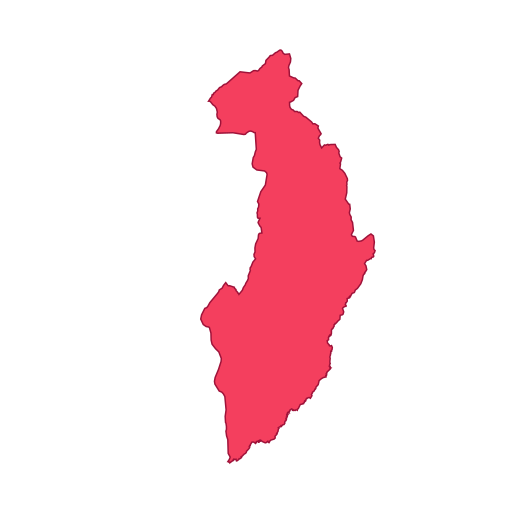 outline of Sekyere East, Ashanti, Ghana, rotated 33°
{"feature_id": "2480657B61321065662810", "entity_name": "Sekyere East", "entity_type": "district", "adm_level": 2, "iso_a3": "GHA", "parent_name": "Ghana", "parent_adm1": "Ashanti", "projection": "equal_earth", "projection_center": [-1.328, 6.78], "detail": "fine", "context": "isolated", "style": "filled", "palette": "rose", "viewbox_px": 512, "rotation_deg": 33, "n_neighbors": 0, "source": "geoboundaries", "source_scale": "gbopen_adm2", "svg_char_len": 6138}
<svg xmlns="http://www.w3.org/2000/svg" viewBox="0 0 512 512"><g transform="rotate(33 256 256)"><path d="M142.3,110.2L137.4,127.8L135.9,129.4L135.1,131.5L135.1,132.5L133.7,134.6L133.4,137.8L132.6,139.4L132.5,141.1L131.8,142.5L132.3,143.9L131.4,144.5L132.2,147.0L131.8,148.5L131.9,152.0L132.8,151.4L134.1,151.5L137.4,152.6L139.9,152.7L142.5,153.8L145.2,156.4L146.0,158.4L147.6,160.4L149.2,161.3L151.7,161.3L152.8,162.0L154.1,164.0L154.9,166.0L155.3,169.8L155.1,173.2L155.7,174.3L156.8,174.0L169.5,165.2L179.7,160.7L180.8,159.6L181.0,158.0L182.2,155.2L183.5,154.1L185.2,153.6L187.4,153.5L188.2,153.0L198.2,166.4L198.7,169.0L200.0,172.7L200.1,175.0L202.6,180.8L205.1,183.1L209.8,183.4L216.9,180.0L219.5,180.4L220.9,181.6L225.2,191.4L225.0,199.4L227.6,209.5L230.1,210.9L231.5,213.6L231.7,215.5L232.9,217.2L233.4,219.3L234.4,220.2L236.1,222.7L237.1,223.2L238.8,222.2L239.4,226.4L239.6,226.9L242.8,228.7L244.8,229.3L248.4,233.5L246.7,235.0L246.4,235.9L246.6,237.0L248.3,240.2L249.1,246.0L250.7,249.8L253.0,253.2L253.4,255.7L254.8,257.5L257.2,258.6L256.7,262.8L257.7,267.7L257.5,268.8L258.3,270.5L259.2,271.3L260.3,276.9L261.8,279.0L262.2,281.1L262.3,284.5L262.7,286.0L262.6,289.3L263.2,292.2L262.6,297.5L261.4,296.8L260.7,296.9L260.2,296.4L258.1,295.9L257.4,295.0L255.6,294.8L254.9,294.0L250.0,295.3L249.6,295.8L248.6,296.1L245.1,294.8L244.8,298.3L245.1,301.4L243.7,304.5L244.2,306.2L244.1,308.4L242.7,320.3L243.0,324.2L242.8,326.1L241.6,327.8L242.4,335.0L244.0,339.0L249.1,342.2L252.6,342.3L255.1,341.3L255.9,341.4L260.2,345.2L264.2,351.0L267.2,353.9L272.6,355.8L277.1,356.7L282.7,360.8L284.1,363.3L286.3,371.4L287.9,380.1L289.4,383.7L291.3,385.8L298.7,389.3L301.4,388.8L303.5,389.3L306.4,390.8L314.7,401.3L317.5,407.3L321.1,412.2L321.9,412.6L324.0,415.0L325.6,417.4L326.2,419.3L329.3,422.9L332.4,425.4L340.2,436.7L343.9,438.7L344.4,441.0L344.4,443.7L345.0,443.4L345.6,443.7L346.6,443.0L346.8,443.4L347.9,440.5L347.8,440.1L348.3,439.9L347.9,438.6L348.6,438.2L348.9,438.4L349.9,437.3L351.2,438.5L351.6,438.2L352.5,435.8L352.2,435.1L353.1,434.5L353.6,432.9L352.9,432.5L353.4,431.5L354.0,428.5L354.7,427.2L354.8,426.2L354.4,424.8L355.0,421.7L355.0,420.1L354.1,419.5L354.0,418.5L354.4,418.5L354.4,418.1L354.0,416.9L354.0,414.2L355.4,413.3L357.1,413.4L357.3,412.6L357.7,413.1L357.9,412.4L357.5,411.3L357.9,411.1L359.0,409.2L359.6,410.8L360.0,410.5L359.8,409.5L360.4,409.1L360.0,408.4L360.2,407.9L362.1,408.2L365.3,407.7L366.0,407.3L366.8,404.9L367.9,405.6L368.6,405.4L368.4,403.3L368.8,402.2L370.9,399.7L371.2,398.2L370.1,396.8L370.6,394.3L370.4,393.4L370.0,393.5L370.0,391.2L369.1,389.2L369.1,388.0L368.3,387.9L368.8,386.5L370.0,385.5L370.1,385.0L369.5,384.6L370.2,384.2L370.2,383.3L371.3,382.0L371.2,380.4L370.6,379.9L370.4,378.3L370.8,377.8L370.4,376.2L370.0,376.4L369.5,375.7L369.8,374.3L369.6,373.4L369.4,373.1L368.9,373.3L369.1,372.1L368.7,372.4L368.0,372.0L368.4,370.8L367.8,370.4L367.8,370.0L368.9,369.6L368.2,369.3L368.8,368.6L368.5,368.1L368.8,367.4L368.4,366.7L369.1,364.9L370.7,364.7L370.8,365.5L372.0,364.9L372.7,363.9L373.2,363.9L373.2,363.5L374.1,362.8L374.6,362.8L374.2,362.0L374.6,360.9L374.0,356.4L375.5,354.9L375.5,354.4L376.3,354.0L376.1,353.2L376.3,352.6L375.7,351.1L376.0,350.4L376.5,350.7L376.6,350.3L375.9,348.8L376.4,347.8L376.2,347.5L377.6,345.7L379.1,345.7L379.0,342.7L377.9,341.9L377.9,340.0L377.5,339.6L378.3,337.3L377.9,335.5L378.3,335.3L378.3,334.5L377.7,333.4L378.2,330.0L376.8,326.1L377.7,323.2L378.6,321.4L380.6,319.2L379.6,318.2L380.1,317.7L379.9,317.0L379.0,316.6L379.2,315.4L378.7,315.0L379.8,310.3L379.6,309.9L379.8,309.1L379.4,309.2L378.7,308.6L378.6,309.1L378.2,308.6L377.6,308.6L376.7,306.3L376.9,305.9L375.7,304.8L373.8,301.2L372.9,300.6L372.3,298.3L371.8,297.8L371.9,297.2L371.0,295.9L371.2,295.0L370.7,295.0L370.6,294.1L370.9,293.4L369.8,291.1L368.1,290.0L367.2,291.1L366.3,291.2L365.9,290.7L363.4,290.0L361.8,288.2L362.5,286.7L361.1,284.8L361.4,283.6L360.9,283.5L361.1,282.9L360.9,282.3L361.0,281.8L361.8,282.2L362.0,281.8L361.5,280.0L359.5,276.8L359.7,275.8L359.5,275.3L359.9,275.0L359.9,273.9L359.6,273.2L359.8,272.5L358.9,271.1L359.2,270.6L359.1,269.6L359.5,269.6L360.0,267.4L359.9,266.8L360.8,263.4L358.9,259.9L360.4,258.3L360.7,257.4L360.0,255.1L357.1,252.8L357.2,251.7L358.0,249.9L358.9,249.2L358.7,248.6L357.3,248.0L357.2,247.2L356.7,246.4L357.1,245.9L357.1,244.1L355.6,242.0L357.1,240.3L356.5,239.7L357.4,238.9L357.3,238.6L356.7,238.9L356.6,238.3L357.1,237.5L356.9,235.0L358.2,233.3L358.3,232.7L357.8,230.4L358.7,228.0L359.0,222.2L358.1,217.9L356.5,214.2L356.3,212.5L356.7,212.0L356.7,211.3L356.1,210.6L356.4,209.9L356.3,207.1L353.5,204.3L351.2,203.3L351.1,199.4L352.0,198.8L353.4,195.9L354.1,195.5L353.7,194.2L354.9,192.9L354.9,192.1L353.1,190.4L353.4,189.9L353.4,188.2L352.9,186.6L351.4,186.3L350.2,185.0L347.7,179.9L343.5,175.2L340.4,174.9L339.0,178.0L336.9,184.6L336.2,185.9L334.2,187.8L332.7,188.4L329.1,185.9L328.2,185.9L326.1,187.0L324.9,186.5L324.3,185.9L323.8,181.5L318.7,175.3L316.0,173.8L314.6,171.5L311.9,170.0L310.7,168.8L309.4,165.2L306.4,161.6L305.6,162.0L299.9,159.7L297.7,153.6L294.5,148.4L293.6,147.6L293.3,146.5L291.8,144.5L291.6,142.8L290.4,141.3L285.5,138.3L281.8,137.1L278.7,137.1L276.7,132.7L275.8,132.4L275.8,131.2L274.5,127.2L272.5,127.0L269.3,124.5L268.8,123.0L267.3,121.9L264.3,121.1L261.6,119.3L257.4,122.2L256.6,123.4L255.5,123.2L254.1,125.1L252.9,125.6L252.2,129.6L248.9,127.7L247.5,126.2L246.3,124.1L244.1,123.3L243.7,120.6L244.1,119.0L244.0,118.0L238.2,115.0L237.5,113.0L233.3,113.0L231.7,114.2L229.6,113.3L222.1,112.4L219.9,112.9L214.4,111.5L213.7,112.4L211.8,112.4L209.7,113.8L207.6,113.3L205.9,113.7L203.7,112.9L202.3,111.6L200.4,108.8L201.2,107.9L202.7,105.0L202.5,101.9L204.1,99.6L201.0,94.2L200.4,89.4L200.5,86.5L196.8,85.5L195.7,86.1L192.0,85.4L190.6,86.1L186.0,86.8L182.3,81.7L180.8,80.5L179.9,78.6L179.2,74.5L177.6,71.4L174.0,68.3L170.2,71.3L168.0,71.0L166.5,70.0L164.7,69.7L163.8,70.4L162.5,73.7L161.6,74.9L160.5,78.8L159.2,79.7L158.7,80.6L158.7,82.0L157.8,86.5L159.1,89.5L157.8,93.2L158.0,94.3L157.2,96.6L157.1,99.1L156.4,100.2L154.7,100.7L153.0,101.9L151.4,105.5L150.8,106.0L142.3,110.2Z" fill="#f43f5e" stroke="#9f1239" stroke-width="1.5"/></g></svg>